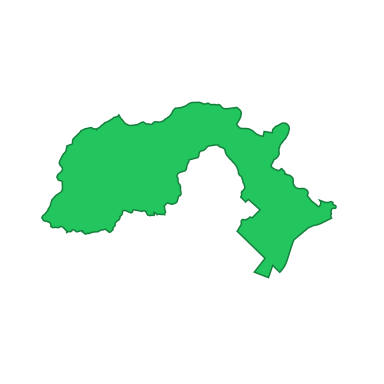 the district of Paulis, Arad, Romania, rotated 216°
{"feature_id": "2599482B5177022501599", "entity_name": "Paulis", "entity_type": "district", "adm_level": 2, "iso_a3": "ROU", "parent_name": "Romania", "parent_adm1": "Arad", "projection": "albers", "projection_center": [21.624, 46.159], "detail": "fine", "context": "isolated", "style": "filled", "palette": "green", "viewbox_px": 384, "rotation_deg": 216, "n_neighbors": 0, "source": "geoboundaries", "source_scale": "gbopen_adm2", "svg_char_len": 6029}
<svg xmlns="http://www.w3.org/2000/svg" viewBox="0 0 384 384"><g transform="rotate(216 192 192)"><path d="M205.9,286.5L206.3,285.9L210.3,282.1L213.1,279.6L215.4,278.2L217.2,278.0L220.2,278.8L222.3,278.2L222.6,277.2L223.8,276.7L225.5,275.9L226.3,275.1L228.0,273.9L228.5,273.6L229.4,273.5L231.3,273.4L231.4,273.0L231.5,273.0L232.2,271.9L233.5,270.6L235.0,269.9L236.9,269.5L238.7,268.9L244.5,264.5L246.2,262.2L247.7,257.9L250.8,253.5L254.8,249.9L255.2,246.8L254.6,243.6L254.6,240.4L255.5,237.9L255.9,236.3L256.8,234.7L256.7,233.0L257.6,231.9L258.4,230.2L260.4,228.8L262.6,227.5L263.7,226.4L264.0,225.8L264.1,223.6L265.3,222.2L267.0,221.7L268.4,220.3L272.5,220.0L273.3,219.3L275.9,214.2L280.2,210.2L281.6,209.1L283.9,208.5L286.8,208.2L290.6,209.3L293.7,210.0L295.8,211.2L296.6,211.3L296.4,209.6L299.1,206.2L299.3,204.7L301.9,198.7L303.5,196.5L303.5,195.4L303.4,194.8L304.2,193.2L304.4,192.2L304.5,191.1L304.9,189.4L305.7,188.2L306.3,186.8L306.0,186.3L306.9,186.5L308.4,185.4L309.7,185.0L311.1,185.1L312.2,184.1L315.9,179.9L316.8,177.8L317.8,176.6L317.7,175.2L317.8,173.6L318.9,167.9L319.3,164.9L319.0,163.7L317.3,161.0L317.3,160.0L319.8,156.5L320.3,155.5L319.4,154.1L318.0,150.7L318.0,148.7L318.4,147.3L318.3,146.0L317.3,139.9L316.6,137.6L315.0,136.4L312.8,135.9L311.0,135.2L310.0,134.0L309.7,131.5L310.8,127.0L310.1,124.6L307.4,123.1L305.9,123.4L304.0,124.3L302.9,123.9L298.5,118.3L298.1,117.1L298.0,114.7L300.0,109.5L300.3,107.3L300.7,103.1L298.4,96.8L298.3,93.3L297.8,92.6L298.0,88.0L298.7,85.3L298.5,83.1L296.0,81.8L294.9,81.7L293.3,82.3L291.6,83.1L289.5,83.6L287.8,83.3L286.7,82.3L286.1,81.2L283.9,81.2L281.9,83.0L279.1,84.6L277.4,87.5L275.7,87.6L270.4,86.8L269.6,85.6L268.6,87.5L267.0,88.4L266.5,89.1L266.4,90.0L266.6,91.2L265.3,91.9L264.3,92.0L262.9,91.8L261.7,92.1L259.9,94.2L259.6,94.9L257.9,96.0L257.3,96.3L257.2,96.3L257.3,95.3L256.2,95.6L255.5,95.4L255.0,95.1L254.6,95.1L253.1,95.6L252.9,95.9L252.9,96.4L252.6,96.9L251.7,97.2L251.2,97.8L250.6,98.3L250.3,98.9L249.9,99.4L249.5,100.1L248.4,101.4L246.4,103.3L245.4,104.0L245.1,104.2L244.7,104.6L244.5,105.5L244.0,106.0L243.5,107.2L242.9,108.1L241.9,108.9L241.2,109.6L241.0,109.8L240.9,110.3L240.7,110.6L239.5,111.1L239.1,110.9L237.6,110.9L235.8,110.7L235.0,110.9L234.4,111.8L234.2,113.2L233.7,114.9L233.9,115.3L234.4,116.0L234.6,116.5L234.9,116.8L234.9,117.3L234.4,119.3L234.6,119.8L235.3,120.7L235.7,121.4L235.8,121.9L235.7,124.0L235.2,125.4L234.7,126.4L234.7,127.1L235.3,129.4L235.9,129.5L236.0,130.2L235.6,130.9L235.4,132.2L235.6,133.6L236.3,134.3L236.7,135.9L236.4,136.9L235.0,137.9L229.8,139.0L228.6,139.8L228.4,140.9L228.9,141.9L229.2,142.8L228.0,143.7L226.9,144.1L225.1,145.2L223.0,146.0L220.9,147.0L220.1,148.6L217.8,149.2L216.9,148.4L214.1,147.3L212.7,147.9L211.7,148.5L211.6,149.0L210.0,150.3L209.2,150.4L209.0,151.0L209.3,151.7L210.2,152.4L210.8,153.0L210.8,153.3L209.5,153.5L206.9,153.1L206.7,153.3L206.5,153.7L206.5,153.9L206.3,154.4L205.2,154.9L204.8,155.2L204.4,155.4L203.6,155.7L203.0,156.2L202.4,156.9L200.8,157.5L201.2,158.0L201.6,160.2L203.7,161.8L204.8,163.0L206.1,164.1L206.0,165.5L205.9,167.8L205.0,169.0L202.7,169.5L200.6,170.6L198.6,173.6L198.4,175.2L199.0,177.3L200.1,179.9L200.2,181.0L199.5,182.2L199.5,183.6L200.1,184.5L201.0,185.5L202.4,186.7L204.7,189.9L206.0,190.7L207.8,191.1L208.4,191.5L209.8,192.5L210.2,193.5L212.1,195.4L213.2,195.5L213.8,196.2L214.0,197.1L214.1,199.2L212.9,201.4L210.1,204.9L209.9,206.7L210.5,208.3L211.8,210.4L212.4,214.6L213.3,216.2L207.6,223.2L207.5,224.7L209.2,227.8L209.2,230.0L207.3,232.2L206.6,233.7L206.1,238.1L204.9,239.7L201.0,243.5L198.7,245.3L197.8,244.9L196.1,244.9L192.7,245.9L190.8,245.8L190.1,245.4L188.2,243.7L186.7,242.8L185.3,242.2L183.5,241.8L182.7,241.5L180.6,241.0L179.4,241.0L177.9,240.7L177.7,240.5L174.1,239.9L172.0,239.2L170.3,238.5L167.8,236.9L166.6,235.9L165.6,234.8L165.2,234.2L164.7,234.0L162.7,233.4L162.4,233.4L161.5,233.6L160.4,233.1L157.0,230.6L156.4,229.8L154.3,228.8L153.3,227.8L152.0,227.1L151.6,225.7L151.4,224.9L151.5,223.8L152.0,221.8L151.8,220.9L151.6,220.4L150.3,219.2L149.9,217.7L149.3,216.3L148.5,216.4L148.3,216.3L147.7,216.4L146.6,216.0L145.1,215.8L143.4,215.8L142.9,215.3L141.9,219.1L126.4,217.6L127.1,213.3L128.1,206.6L130.3,205.9L130.4,205.4L131.3,202.3L131.8,202.1L132.4,200.8L133.5,200.3L135.0,199.5L135.3,198.0L134.5,196.5L133.3,195.1L133.1,194.8L132.4,187.3L132.5,186.8L93.9,181.3L94.5,163.8L89.5,165.1L79.8,167.7L83.6,180.1L73.8,178.6L73.5,182.0L73.5,185.7L73.7,187.5L74.5,191.2L76.0,195.9L78.4,202.9L80.8,210.6L81.3,212.7L81.4,213.3L76.8,231.5L75.3,234.0L74.0,236.3L71.5,238.9L69.4,242.0L63.7,252.9L65.3,253.8L66.0,254.3L66.3,256.1L66.9,256.9L68.1,257.7L68.8,259.7L68.9,260.6L68.4,261.6L67.7,262.2L66.6,262.9L66.3,263.8L66.9,264.9L67.7,265.3L68.5,265.3L70.3,264.8L70.9,265.1L71.8,266.1L71.9,266.4L72.7,266.0L73.6,266.2L75.6,263.7L77.7,262.1L83.9,260.3L82.0,259.6L81.1,258.5L80.4,256.0L80.5,254.8L80.8,254.5L82.7,254.5L83.0,254.7L90.0,255.0L96.8,256.9L97.0,258.5L97.5,259.5L98.2,260.2L99.5,260.8L100.7,261.0L102.2,260.9L103.7,260.5L105.4,259.3L106.8,258.0L108.5,257.1L109.7,256.7L111.2,256.7L112.3,256.9L113.4,257.4L114.5,258.0L115.6,258.8L116.3,260.1L116.9,260.8L117.0,261.1L118.9,262.7L122.4,263.0L125.5,261.8L126.6,261.8L127.0,261.2L127.6,261.1L128.0,262.0L129.2,262.9L130.4,263.2L132.2,263.3L133.0,263.7L133.4,263.5L134.2,260.3L138.9,258.9L141.5,258.9L142.8,259.4L143.5,259.5L144.5,265.7L145.0,266.6L143.8,268.0L143.6,269.7L143.3,270.8L143.8,273.9L146.7,277.4L147.8,280.6L148.3,281.7L148.2,284.8L148.0,286.2L148.2,287.8L147.8,289.9L148.0,292.1L148.5,294.6L148.4,295.0L149.1,297.2L150.0,299.4L150.8,300.7L152.4,302.2L154.3,302.7L155.4,302.8L156.8,302.6L158.7,301.5L159.8,300.2L161.9,295.6L162.8,294.4L163.4,290.2L162.0,287.0L169.2,283.4L167.2,278.9L170.3,277.4L171.0,277.4L173.4,276.8L176.5,276.9L178.9,277.2L181.1,276.9L183.4,276.4L186.6,274.5L187.9,273.4L190.4,272.0L192.1,272.0L193.9,272.3L195.1,272.6L195.7,273.9L196.4,280.0L197.3,282.6L198.2,284.3L199.1,285.5L200.9,286.4L204.2,286.8L205.9,286.5Z" fill="#22c55e" stroke="#15803d" stroke-width="1.5"/></g></svg>